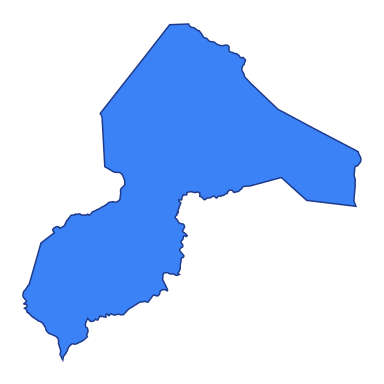 the district of San Miguel Ixitlán, Puebla, Mexico
{"feature_id": "50627088B6450542910055", "entity_name": "San Miguel Ixitlán", "entity_type": "district", "adm_level": 2, "iso_a3": "MEX", "parent_name": "Mexico", "parent_adm1": "Puebla", "projection": "mercator", "projection_center": [-97.779, 18.007], "detail": "fine", "context": "isolated", "style": "filled", "palette": "blue", "viewbox_px": 384, "rotation_deg": 0, "n_neighbors": 0, "source": "geoboundaries", "source_scale": "gbopen_adm2", "svg_char_len": 5925}
<svg xmlns="http://www.w3.org/2000/svg" viewBox="0 0 384 384"><path d="M100.2,113.4L101.3,115.2L102.2,118.0L102.2,119.6L104.8,166.7L114.2,172.2L117.2,172.4L120.0,172.5L122.4,174.7L124.7,180.4L124.8,184.8L124.1,185.6L121.2,188.4L120.5,190.1L120.7,193.1L119.9,199.5L117.1,202.0L115.9,202.2L115.2,202.2L114.6,201.9L113.4,202.0L112.6,201.7L108.6,202.5L106.6,204.5L105.6,204.9L104.8,205.7L103.8,206.2L102.2,206.8L100.3,208.1L98.1,209.3L96.4,210.0L95.3,210.7L94.7,210.8L94.0,211.2L93.8,211.4L93.2,211.7L92.4,211.8L90.5,214.3L89.8,214.8L89.3,215.0L88.6,214.9L88.3,214.8L88.1,214.4L87.9,214.3L87.7,214.3L87.3,214.3L86.6,214.8L85.7,215.1L85.0,215.0L83.1,215.1L81.5,215.1L81.2,214.9L80.4,214.1L79.2,213.8L77.8,214.3L76.3,214.4L75.3,214.0L74.0,215.3L72.6,215.0L70.8,215.4L69.5,217.5L68.6,218.2L67.9,219.8L66.9,220.3L64.9,224.7L64.4,225.7L59.9,228.4L59.2,227.2L58.8,226.9L57.6,226.6L56.1,226.8L54.8,227.5L53.5,228.5L52.7,229.7L52.9,230.7L54.4,232.7L41.0,243.0L29.1,284.7L28.4,285.1L25.5,289.6L24.3,290.7L23.6,291.9L23.0,293.9L23.1,296.7L24.3,298.5L26.6,301.0L26.6,301.4L25.5,302.4L24.0,303.5L23.8,303.8L24.1,304.1L26.1,304.3L26.8,304.9L27.2,305.6L26.8,306.8L25.2,307.8L24.5,308.4L25.6,308.9L26.2,309.4L26.6,310.1L26.9,311.7L27.5,312.5L28.5,313.2L28.8,312.9L29.1,313.2L29.6,313.9L30.0,314.2L31.2,315.9L34.7,318.4L36.3,319.4L36.7,319.5L37.9,320.8L39.7,321.3L41.2,322.1L42.4,323.0L43.6,324.7L44.5,326.0L45.6,328.1L46.1,330.3L46.6,330.8L47.4,332.0L49.1,333.6L51.5,334.3L52.5,334.8L53.3,335.3L55.4,336.0L56.5,336.8L57.3,337.8L57.8,338.2L58.4,339.4L58.5,340.8L58.5,343.6L59.6,346.9L59.8,347.8L60.6,349.9L60.7,351.5L60.2,353.5L60.0,354.3L62.2,359.0L62.8,360.0L63.4,356.5L65.1,354.3L65.7,353.5L66.2,352.8L66.5,351.9L66.9,351.4L67.4,350.3L67.7,349.2L68.6,347.1L70.0,345.6L72.1,343.7L74.8,344.2L77.1,343.6L79.3,342.4L82.0,341.2L84.0,339.8L86.4,337.7L87.4,336.6L86.8,335.1L86.7,334.4L87.9,332.2L88.0,330.7L87.7,329.2L87.2,327.9L86.0,327.3L85.8,326.6L85.3,325.7L85.4,324.3L85.7,322.8L86.4,321.4L86.6,320.4L87.7,318.4L90.1,321.2L91.8,321.5L93.9,320.9L95.2,319.4L97.6,320.1L100.0,315.9L101.3,316.6L101.6,316.4L102.6,316.4L103.6,316.8L106.0,317.2L105.9,314.8L106.1,314.3L106.5,314.0L107.1,314.0L107.7,314.6L108.2,315.4L108.9,315.7L109.4,315.5L110.2,314.1L110.9,313.8L111.4,314.0L112.0,314.4L114.9,315.1L117.9,314.2L118.7,314.2L120.3,314.7L123.4,314.7L127.7,310.1L129.2,308.7L130.4,307.9L131.8,307.3L132.8,306.5L134.0,305.8L135.2,305.0L136.6,304.2L139.2,302.5L140.2,302.1L141.5,302.0L144.7,301.4L147.2,302.1L148.1,302.1L150.5,298.8L151.4,297.7L153.0,295.4L153.7,295.1L154.6,295.3L157.3,296.0L158.0,295.7L159.2,294.6L159.8,293.2L160.0,291.8L160.4,291.0L161.0,290.5L162.3,289.8L165.0,289.6L165.7,290.0L166.4,290.5L167.2,290.8L167.5,290.3L167.6,289.9L165.6,285.5L162.7,279.7L162.7,279.0L162.9,277.0L162.9,275.9L163.0,274.6L163.4,273.8L163.7,273.3L164.2,273.1L167.1,272.5L167.7,272.6L169.0,273.5L170.5,274.0L173.3,274.0L174.3,274.3L175.2,275.0L176.5,275.4L177.8,275.2L179.4,274.3L178.0,273.6L177.9,273.1L179.1,271.4L180.1,269.3L180.2,268.5L180.2,266.8L180.3,265.1L181.0,261.2L181.2,258.3L183.0,257.4L183.5,257.0L183.8,256.5L183.9,255.9L183.7,255.4L181.7,253.2L180.5,251.6L179.9,250.7L179.6,249.9L179.7,249.2L180.0,248.8L180.9,248.0L181.5,247.6L182.0,247.4L182.4,247.1L182.7,246.8L182.8,246.4L182.7,244.9L182.4,244.3L180.9,242.3L180.8,242.0L180.9,241.6L181.2,241.1L182.3,240.0L183.1,238.8L183.2,238.3L183.3,237.7L183.2,237.2L183.4,236.6L183.6,236.2L184.0,235.9L184.5,235.8L185.0,235.9L186.0,236.5L186.3,236.5L187.1,236.0L187.2,235.7L186.8,235.0L184.0,232.5L182.7,231.6L182.6,231.1L182.6,230.6L182.8,230.2L183.8,228.7L184.4,227.4L184.5,226.7L184.4,225.9L184.0,225.0L183.5,224.3L183.0,224.1L180.4,223.5L179.5,223.1L178.6,222.4L178.1,221.7L177.8,220.8L177.4,220.1L175.2,217.8L175.0,217.3L175.1,216.9L175.5,216.3L176.8,215.1L177.1,214.6L177.1,213.9L176.9,213.4L177.6,213.1L178.3,212.6L178.4,212.2L178.3,211.9L178.0,211.6L177.6,211.2L177.8,210.5L178.4,209.9L179.4,206.5L180.8,202.9L179.2,201.4L178.8,200.7L178.8,199.8L181.4,200.0L181.9,199.0L181.8,198.3L182.3,196.7L182.6,196.3L182.9,195.6L183.4,194.7L185.9,195.1L186.8,194.5L186.9,194.2L186.7,193.4L186.8,193.0L187.0,192.6L187.4,192.4L188.6,192.0L190.4,191.7L192.0,191.9L195.4,192.6L197.2,191.9L199.6,192.7L199.8,193.5L199.9,194.6L199.7,196.3L200.1,196.5L200.7,196.6L202.4,197.6L203.3,198.8L204.2,199.7L204.7,199.7L205.5,199.4L206.2,198.7L207.1,198.1L207.7,197.8L209.9,197.9L210.7,197.7L211.3,197.1L212.3,196.5L213.3,196.2L214.2,196.2L215.4,197.1L215.8,197.8L216.7,198.0L218.3,196.2L219.4,195.9L220.3,196.1L221.0,196.3L221.6,195.7L222.7,195.3L223.6,195.4L225.3,194.1L227.3,193.3L227.6,192.2L228.3,191.4L228.5,190.9L229.2,190.2L230.2,190.1L231.7,190.3L232.5,190.6L233.2,191.6L233.5,192.2L234.2,192.4L235.5,192.1L238.5,191.4L239.5,190.6L240.0,190.0L241.4,189.0L242.2,187.9L242.7,187.0L243.1,186.6L244.2,186.4L245.0,186.4L246.6,186.1L248.1,186.0L249.5,186.1L281.3,177.5L306.7,200.4L355.9,206.3L354.7,203.1L353.9,201.3L354.1,197.9L355.2,186.1L355.1,182.6L355.3,179.7L355.0,178.4L354.2,176.1L354.2,173.7L354.5,171.9L354.9,167.2L355.8,166.0L356.5,166.1L357.6,165.7L358.6,164.3L360.1,162.6L360.7,161.1L361.0,159.6L360.7,157.6L359.8,155.9L358.4,152.9L358.2,151.7L316.4,129.8L277.8,109.2L251.0,83.6L244.9,77.2L244.3,76.0L244.1,74.4L241.8,70.2L241.9,68.5L242.7,65.9L244.3,64.1L244.4,62.9L244.7,61.9L245.2,61.4L245.5,60.5L245.3,59.7L242.9,57.4L242.0,57.6L241.2,57.6L240.3,57.4L239.7,56.9L239.1,55.6L236.7,53.7L233.9,53.4L233.4,52.8L232.2,52.4L230.7,52.2L229.7,51.4L229.0,51.1L229.1,47.2L228.8,46.3L228.1,45.7L227.2,45.2L226.0,45.0L222.5,45.7L221.2,45.6L218.5,45.0L217.4,44.3L216.4,43.9L215.7,43.3L214.5,42.2L212.9,41.8L210.4,41.5L209.2,41.1L208.3,40.3L207.8,39.4L206.5,38.3L204.2,37.7L203.5,37.2L201.3,33.5L199.8,31.6L199.4,30.8L197.9,30.6L194.2,27.8L191.6,27.3L190.6,26.8L190.0,26.4L189.3,25.5L188.8,24.6L188.7,24.0L169.7,24.7L148.0,52.6L102.6,110.4L100.2,113.4Z" fill="#3b82f6" stroke="#1e3a8a" stroke-width="1.5"/></svg>